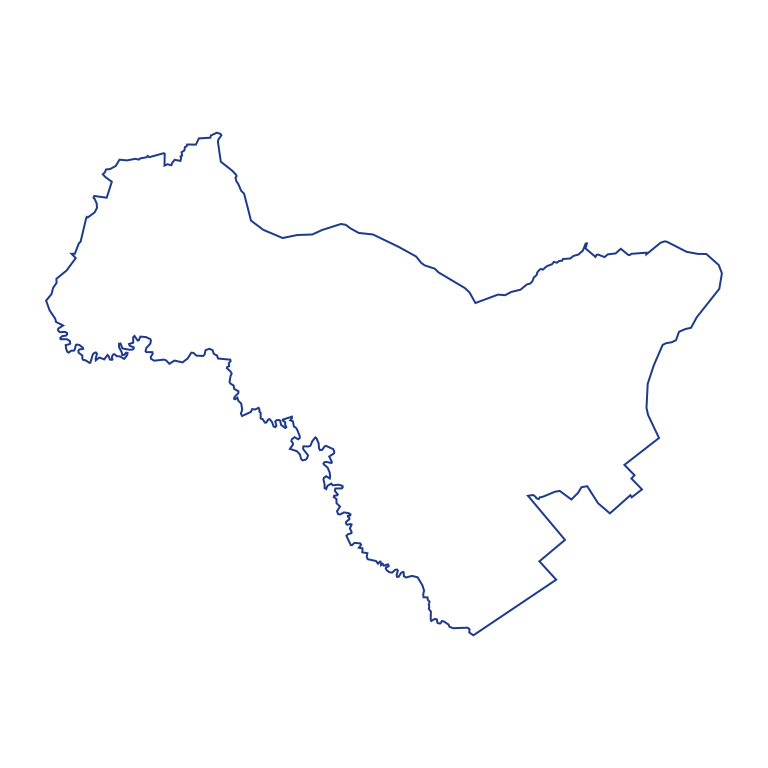 outline of Carand, Arad, Romania
{"feature_id": "2599482B38117953708036", "entity_name": "Carand", "entity_type": "district", "adm_level": 2, "iso_a3": "ROU", "parent_name": "Romania", "parent_adm1": "Arad", "projection": "albers", "projection_center": [22.035, 46.447], "detail": "fine", "context": "isolated", "style": "outline", "palette": "blue", "viewbox_px": 768, "rotation_deg": 0, "n_neighbors": 0, "source": "geoboundaries", "source_scale": "gbopen_adm2", "svg_char_len": 6049}
<svg xmlns="http://www.w3.org/2000/svg" viewBox="0 0 768 768"><path d="M473.4,635.3L556.2,579.7L539.4,561.3L565.0,539.9L528.0,495.8L533.1,495.0L535.5,496.7L536.4,498.3L538.7,499.1L539.8,497.3L542.5,496.9L554.8,491.8L559.7,490.9L571.4,499.5L578.0,492.9L581.5,487.2L587.2,486.2L598.1,503.3L609.9,513.4L630.4,495.2L631.7,497.3L642.0,489.4L631.4,478.5L634.5,475.2L624.4,464.9L659.0,438.0L648.0,414.8L646.5,407.8L647.7,383.8L653.8,365.3L662.6,345.0L665.7,343.3L671.9,342.2L676.0,340.2L679.0,331.8L685.5,329.0L691.0,327.8L696.8,317.2L719.3,288.8L721.9,273.3L718.7,265.0L706.3,254.0L697.8,253.9L686.6,251.8L666.8,241.7L664.4,241.4L660.6,242.7L646.3,254.4L646.3,252.7L631.5,253.8L629.6,255.1L628.3,254.9L620.8,248.8L615.7,253.4L607.7,254.4L604.6,257.1L598.2,254.6L596.6,254.8L595.5,256.9L585.5,248.4L586.9,243.4L585.7,243.5L582.8,250.7L578.3,254.6L573.5,255.9L570.3,258.5L563.0,259.0L562.1,260.7L559.2,261.0L557.0,262.7L553.9,261.9L551.9,264.3L546.8,266.2L542.8,269.7L541.1,268.9L539.6,269.7L537.2,272.5L537.0,274.2L535.7,276.0L534.0,277.2L532.2,281.6L529.9,283.7L526.9,284.4L520.5,289.7L511.4,291.9L505.1,295.2L498.0,294.6L475.4,303.0L469.5,292.4L464.8,288.0L438.7,272.5L434.6,268.6L424.5,265.3L421.1,262.7L416.1,256.5L398.9,247.0L373.0,234.5L358.6,232.9L350.2,228.2L345.7,224.8L340.9,224.0L322.1,230.0L312.3,234.5L297.4,235.0L282.6,238.0L263.2,229.8L251.0,220.6L244.1,193.7L241.1,190.7L238.1,183.6L236.5,181.6L235.5,177.8L236.5,176.1L236.2,174.9L232.1,170.6L220.8,161.7L217.9,141.7L218.4,139.5L221.4,135.3L220.5,133.9L216.9,132.7L210.9,135.5L210.3,137.7L198.9,138.4L195.9,144.6L187.1,144.5L186.6,146.3L184.9,147.1L184.4,150.4L181.6,152.2L182.1,155.6L180.6,156.4L181.1,158.3L180.4,160.9L174.6,159.8L172.4,162.6L171.4,165.2L167.3,164.3L164.5,165.6L164.7,153.7L163.8,153.2L149.3,157.2L147.7,155.9L146.5,157.3L140.2,158.4L138.9,159.6L135.3,158.8L127.0,160.4L119.5,159.7L115.7,166.0L110.2,169.0L106.0,169.5L104.9,172.3L102.8,174.3L105.2,176.9L111.8,181.8L106.7,197.7L94.3,196.0L93.5,197.7L94.7,199.0L96.7,203.5L97.0,207.9L94.7,212.3L87.8,217.5L86.8,216.9L86.1,218.5L80.6,241.7L78.9,243.3L74.8,253.8L71.6,253.8L75.7,258.1L66.6,270.5L56.4,278.8L56.6,282.8L53.1,287.9L51.5,294.1L46.1,300.6L49.6,310.4L55.1,318.5L56.1,322.0L63.1,325.5L58.2,328.6L58.1,330.5L59.8,332.2L65.1,331.9L67.1,333.0L67.1,334.4L66.1,335.6L62.3,336.1L60.3,338.0L60.6,339.2L67.0,339.2L69.9,341.1L70.2,343.4L69.7,344.1L65.7,345.1L66.1,348.5L67.2,351.7L68.7,352.6L71.2,350.7L74.0,350.6L74.9,349.1L75.8,345.1L77.0,344.5L79.5,345.1L82.8,347.6L83.2,348.8L79.0,349.6L78.4,350.8L78.6,352.7L82.4,355.6L82.3,358.3L82.9,359.7L85.9,360.5L89.7,363.0L90.5,362.2L92.7,354.8L93.6,353.4L95.8,352.4L97.0,353.7L95.6,358.8L95.8,360.3L99.4,357.5L104.2,359.4L107.5,355.0L108.6,356.1L109.9,359.5L111.9,359.9L112.5,359.2L111.9,357.6L112.2,356.1L113.4,354.3L114.6,354.3L116.8,356.2L119.9,356.4L124.2,358.9L127.2,355.0L127.6,353.1L126.2,352.6L124.0,354.9L122.2,355.0L121.7,352.3L119.1,347.3L119.0,343.8L120.5,343.5L122.4,348.4L129.6,349.8L132.8,349.5L133.8,348.5L133.7,347.3L129.6,345.7L129.0,344.0L133.2,342.7L133.2,337.2L134.5,335.9L137.6,340.5L138.8,340.3L140.4,336.6L146.0,337.1L150.3,339.1L150.9,340.6L150.3,343.7L146.4,347.9L145.5,351.1L146.3,352.1L152.4,352.1L152.7,353.9L150.8,356.8L150.9,358.7L154.1,360.7L164.0,359.6L166.1,360.4L169.4,363.8L174.5,360.6L182.5,362.4L187.6,358.5L191.3,352.7L193.5,352.9L196.3,355.6L203.1,356.0L204.5,354.7L205.6,350.1L209.4,348.8L212.6,350.2L213.8,353.9L217.0,355.5L218.0,358.5L230.3,359.7L230.6,361.2L228.8,363.2L229.1,366.2L227.2,367.0L226.9,368.2L230.4,371.4L231.7,373.6L230.5,376.1L229.6,381.9L230.3,383.5L233.6,385.5L234.2,388.9L238.5,391.3L238.3,393.2L234.6,396.9L234.0,398.7L235.1,399.3L237.4,397.7L238.3,400.8L241.2,403.5L242.2,409.6L240.9,413.6L242.1,416.0L250.9,411.9L252.2,409.1L255.1,409.5L258.6,407.8L259.4,409.2L259.4,411.6L260.6,412.6L260.7,418.5L262.6,419.1L264.9,422.6L266.2,422.6L268.3,419.5L269.6,419.1L272.0,422.0L273.6,426.5L275.1,427.2L276.4,425.8L275.3,421.4L276.5,420.2L279.0,420.0L280.1,420.6L281.1,424.9L285.2,428.0L286.3,427.2L285.2,424.8L285.2,422.2L282.7,420.4L282.8,419.6L291.9,416.7L292.0,418.2L290.2,420.3L292.9,421.3L293.9,426.5L296.0,427.8L297.2,429.8L299.6,435.7L299.8,438.0L298.2,439.3L294.6,437.2L291.9,439.2L291.3,441.0L292.9,443.2L292.9,444.7L289.9,448.9L296.9,451.2L299.9,454.4L301.1,458.9L302.5,460.4L305.8,459.6L307.0,458.3L308.1,455.4L303.4,449.4L303.0,448.1L303.5,446.3L308.5,446.5L310.4,445.7L312.3,441.2L315.4,437.4L316.4,438.2L318.6,443.2L319.0,448.2L319.9,450.1L322.1,449.9L324.6,446.4L326.1,445.9L333.3,449.2L334.3,451.6L334.0,453.4L329.2,456.5L331.8,461.8L331.5,463.0L326.1,461.9L324.3,462.3L323.5,463.4L323.8,464.4L327.6,467.6L329.7,472.6L330.1,476.3L329.8,478.5L326.1,476.2L323.8,477.9L323.5,479.6L324.6,484.4L324.6,488.1L326.2,489.1L327.4,485.9L331.3,483.6L332.8,485.3L338.6,484.7L342.5,485.9L342.7,487.4L341.9,488.4L335.4,488.5L334.8,490.8L337.8,494.5L337.2,495.3L334.1,495.8L333.7,497.0L336.5,499.1L336.5,503.1L340.0,506.6L337.0,511.3L338.2,514.2L340.2,514.4L344.0,512.4L348.8,513.2L350.5,514.4L350.3,515.4L347.9,515.7L347.9,516.7L349.3,517.9L349.4,519.2L346.2,521.8L345.9,523.3L347.3,524.8L350.5,524.0L351.6,524.5L349.9,528.4L351.6,532.1L351.4,533.2L348.1,534.2L346.4,535.8L350.8,545.1L352.0,545.1L354.5,542.9L360.3,543.4L361.1,544.8L358.9,547.7L362.5,548.3L362.3,552.3L367.4,553.2L366.7,556.8L367.7,559.2L376.0,561.0L378.0,563.7L379.8,561.6L380.6,561.7L381.1,565.2L382.6,563.7L383.9,565.7L387.8,564.3L388.7,565.4L388.6,566.4L386.1,567.3L385.7,568.3L386.5,570.0L389.2,572.2L392.1,572.6L395.4,569.7L397.1,569.6L397.9,570.6L396.6,574.9L397.0,576.8L398.5,576.9L401.2,572.8L403.2,571.9L403.7,572.5L403.9,576.2L406.0,577.5L412.1,575.9L417.6,577.3L422.4,585.3L424.1,590.7L423.2,594.1L423.5,597.3L427.5,597.4L427.8,599.8L429.6,601.8L428.8,604.5L429.3,606.9L428.8,608.9L430.9,611.6L430.7,619.5L431.3,621.0L434.4,619.1L436.7,619.2L437.5,622.9L438.8,623.4L440.4,623.4L442.0,621.0L443.7,621.4L448.5,624.5L449.5,626.8L453.2,628.2L467.5,627.7L469.5,629.1L469.3,632.5L473.4,635.3Z" fill="none" stroke="#1e3a8a" stroke-width="2"/></svg>